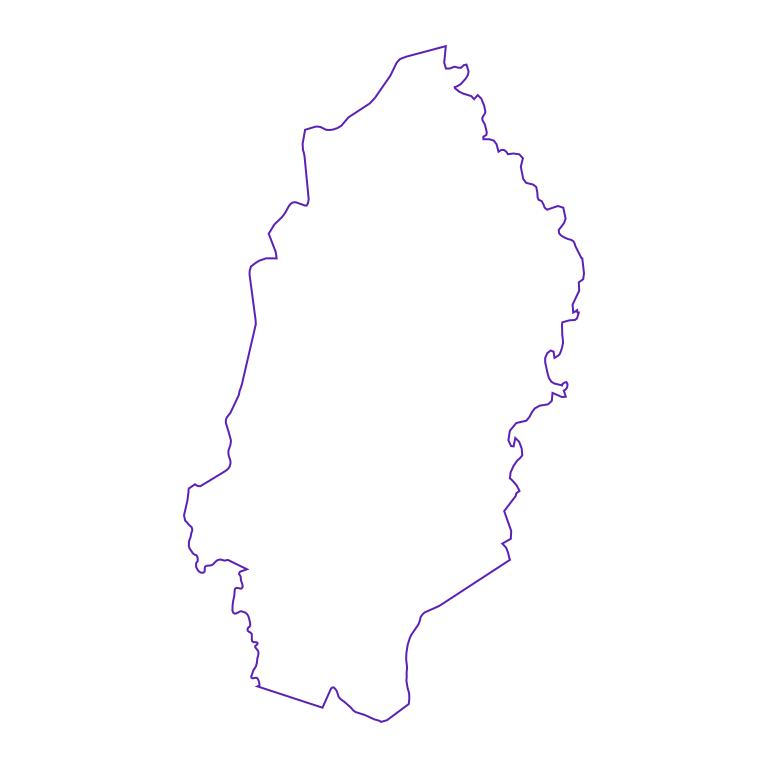 the Department of N'zi-Comoé
{"feature_id": "CIV-3452", "entity_name": "N'zi-Comoé", "entity_type": "Department", "adm_level": 1, "iso_a3": "CIV", "parent_name": "Ivory Coast", "parent_adm1": "", "projection": "equal_earth", "projection_center": [-4.27, 7.107], "detail": "fine", "context": "isolated", "style": "outline", "palette": "violet", "viewbox_px": 768, "rotation_deg": 0, "n_neighbors": 0, "source": "natural_earth", "source_scale": "10m", "svg_char_len": 4719}
<svg xmlns="http://www.w3.org/2000/svg" viewBox="0 0 768 768"><path d="M510.0,559.8L439.3,605.9L424.5,612.5L422.1,614.9L420.6,617.2L420.2,619.1L419.5,621.7L418.3,624.6L411.4,634.7L409.9,637.7L407.7,644.7L406.4,653.0L406.2,657.6L406.2,660.0L407.0,666.4L407.0,668.6L406.6,672.7L406.7,676.8L406.4,680.7L407.7,688.5L408.8,692.0L409.2,694.0L409.3,698.8L408.8,704.0L387.0,720.2L381.1,721.9L379.7,720.9L373.9,719.2L364.8,715.0L355.7,712.1L354.0,711.0L352.9,710.0L350.8,707.5L344.1,701.6L340.4,699.0L339.4,697.8L338.5,696.5L337.4,692.9L336.7,691.0L335.6,689.3L333.7,687.4L332.1,687.6L331.0,688.6L322.5,707.7L257.5,686.4L259.3,685.7L259.5,684.2L258.8,681.3L258.0,679.2L256.9,677.9L255.5,677.8L252.7,678.3L251.6,677.9L251.2,676.7L253.7,669.5L254.7,668.4L255.8,666.6L256.7,663.7L257.4,658.2L258.2,655.4L258.5,652.9L258.1,650.9L255.3,647.4L255.1,646.2L256.5,645.1L257.4,644.2L257.5,642.9L256.5,642.3L253.5,642.1L252.2,641.3L251.8,639.5L251.9,636.1L251.7,633.9L250.3,632.4L248.9,631.8L247.8,630.8L247.5,629.3L248.4,627.4L249.4,627.0L250.2,625.6L250.1,622.7L248.6,616.8L247.2,614.2L245.5,612.7L241.3,611.2L239.9,611.5L237.3,612.9L235.9,613.5L234.5,613.6L233.2,612.6L232.4,610.6L232.6,605.5L233.1,601.3L234.3,595.7L234.7,590.2L235.1,588.7L236.7,587.8L241.0,588.7L242.1,588.0L242.7,586.6L242.2,583.8L241.5,582.0L240.9,580.1L240.7,576.7L240.0,575.4L239.1,574.3L239.3,572.9L240.0,571.7L247.0,569.3L228.3,560.1L227.1,560.0L225.8,560.4L224.4,560.6L220.6,559.5L219.3,559.7L217.9,560.0L216.6,560.8L215.4,561.8L213.4,564.0L212.2,564.9L210.8,565.4L207.5,565.7L206.0,566.0L205.0,566.9L204.7,568.4L204.8,570.1L204.5,571.7L203.5,572.6L202.1,572.8L200.7,572.5L199.0,571.5L197.6,569.8L196.1,566.9L196.1,563.3L196.7,562.3L197.5,561.5L197.8,560.1L197.7,558.2L197.2,556.5L196.4,555.2L194.7,554.7L193.0,553.5L189.5,548.3L188.8,545.8L189.0,541.3L190.6,537.0L191.4,532.7L192.1,531.1L192.3,529.4L191.6,527.2L188.8,524.7L186.7,522.1L185.2,520.7L184.0,515.4L187.4,500.6L188.5,492.0L188.5,490.4L188.8,488.5L195.0,484.3L197.2,485.8L198.4,486.1L200.5,486.1L225.4,471.0L227.8,469.1L228.8,467.8L229.8,466.1L230.5,463.5L230.4,460.8L228.7,455.5L228.4,453.0L228.5,450.5L230.4,444.9L230.8,442.3L230.9,440.2L228.5,431.4L226.0,423.3L225.9,422.8L225.8,421.1L226.1,419.2L226.8,417.4L230.4,412.9L238.8,395.1L239.5,391.5L241.8,384.7L255.8,324.3L255.6,320.1L249.5,274.1L249.8,270.2L251.0,266.5L255.5,263.0L259.0,260.8L266.1,258.3L276.6,258.4L275.9,252.8L275.2,250.6L268.7,233.7L274.5,224.3L281.4,217.7L283.0,215.9L285.8,211.8L288.4,206.9L289.8,204.8L291.3,203.3L292.9,202.5L294.6,202.2L296.2,202.4L304.9,205.5L306.6,205.6L307.9,203.4L308.7,199.3L304.5,156.0L303.7,152.2L303.0,150.1L302.6,143.9L305.1,129.8L315.7,126.6L317.7,126.6L320.5,127.0L326.1,129.8L329.7,130.0L332.9,129.6L337.4,128.1L341.4,125.7L348.4,117.4L369.8,103.4L374.8,98.1L390.4,75.6L396.4,63.2L397.8,61.4L400.0,59.1L405.8,56.8L445.8,46.1L444.2,62.6L445.9,68.6L449.8,68.5L454.5,66.7L458.3,67.7L461.0,67.8L463.9,65.1L466.5,64.6L468.6,71.7L467.9,75.0L465.7,78.6L460.9,84.0L457.2,86.3L454.7,87.1L455.0,88.3L459.3,91.7L463.2,93.6L471.3,96.1L474.1,99.2L477.7,95.1L481.3,98.6L482.4,101.4L484.1,105.4L485.4,111.7L484.8,113.7L483.3,115.9L482.2,118.2L482.6,120.5L484.5,123.6L485.1,125.2L486.8,132.4L486.3,135.0L483.4,136.7L483.4,139.2L489.5,139.3L493.8,140.6L496.6,144.3L498.5,151.7L501.4,149.9L504.0,150.0L506.2,151.6L507.9,154.2L513.3,153.5L519.3,154.3L522.9,158.3L520.8,166.7L523.2,178.8L526.2,182.9L533.0,184.5L536.2,186.9L537.3,192.1L537.6,197.3L538.5,199.7L541.7,201.1L543.4,204.3L544.7,207.7L547.1,209.7L557.9,206.0L563.3,207.7L565.6,218.6L564.1,223.0L558.7,230.0L559.2,233.5L561.3,235.7L564.6,237.6L568.1,239.1L571.1,239.8L573.4,241.3L574.6,243.5L575.5,246.4L581.5,258.2L582.3,258.4L584.0,273.4L583.2,279.2L578.8,282.3L579.2,290.7L575.2,299.1L572.6,304.5L573.2,312.6L575.1,311.6L577.1,310.1L577.3,311.3L577.3,312.2L577.6,312.6L578.8,312.6L577.1,318.2L575.0,320.0L569.5,320.3L562.4,322.3L562.0,324.5L562.3,335.2L562.8,339.2L563.0,343.0L562.1,347.6L560.5,352.3L559.4,354.6L557.8,355.9L554.5,357.9L553.6,351.7L550.8,350.5L547.4,353.0L545.2,357.9L545.2,362.4L547.8,374.3L548.9,377.9L551.3,381.7L554.3,383.5L562.1,385.4L562.2,384.3L564.2,382.7L566.4,382.1L567.5,384.1L567.3,386.7L566.5,388.5L565.3,389.8L563.8,390.6L565.8,396.7L562.2,397.1L552.5,392.9L551.8,400.8L548.2,404.3L539.6,405.7L534.7,408.5L531.8,412.4L529.6,416.7L526.4,420.7L516.3,423.0L509.9,430.7L508.4,440.1L511.0,446.0L513.6,446.4L515.3,438.0L519.1,441.7L521.7,448.6L522.3,455.3L519.9,458.3L517.3,460.5L513.6,465.8L510.6,472.4L509.9,478.3L512.2,480.3L516.7,485.5L519.5,490.9L516.3,493.3L515.7,496.0L504.2,511.1L511.2,530.9L510.8,538.8L502.3,543.6L506.2,547.8L508.0,552.5L509.3,557.9L510.0,559.8Z" fill="none" stroke="#5b21b6" stroke-width="2"/></svg>